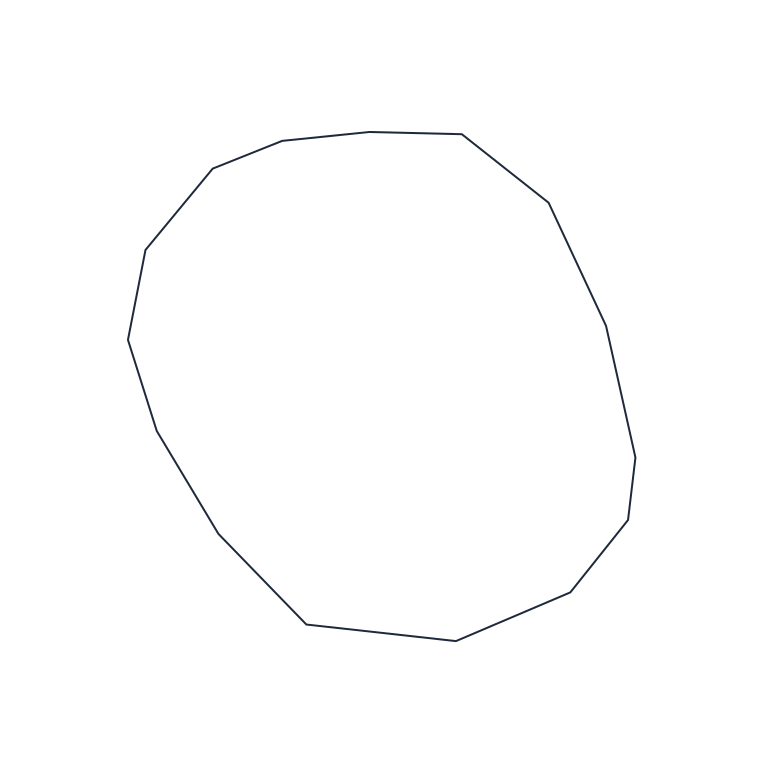 the district of Tshimbulu, Kasaï-Occidental, Democratic Republic of the Congo, rotated 65°
{"feature_id": "63176286B74390580243640", "entity_name": "Tshimbulu", "entity_type": "district", "adm_level": 2, "iso_a3": "COD", "parent_name": "Democratic Republic of the Congo", "parent_adm1": "Kasaï-Occidental", "projection": "mercator", "projection_center": [22.857, -6.479], "detail": "fine", "context": "isolated", "style": "outline", "palette": "slate", "viewbox_px": 768, "rotation_deg": 65, "n_neighbors": 0, "source": "geoboundaries", "source_scale": "gbopen_adm2", "svg_char_len": 357}
<svg xmlns="http://www.w3.org/2000/svg" viewBox="0 0 768 768"><g transform="rotate(65 384 384)"><path d="M235.8,597.4L330.5,609.8L449.9,597.4L569.2,556.0L647.4,427.5L651.6,303.2L610.4,220.3L556.9,187.2L425.2,158.2L289.3,158.2L190.5,207.9L149.4,290.8L120.6,373.6L116.4,448.2L161.7,543.5L235.8,597.4Z" fill="none" stroke="#1e293b" stroke-width="2"/></g></svg>